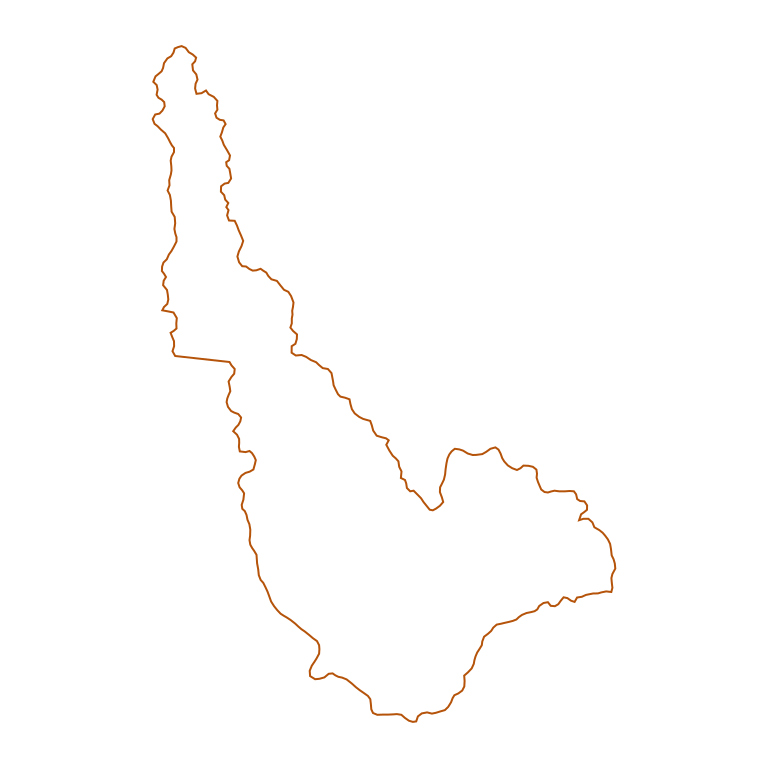 outline of Pai Pedro, Minas Gerais, Brazil
{"feature_id": "56859067B12546886236538", "entity_name": "Pai Pedro", "entity_type": "district", "adm_level": 2, "iso_a3": "BRA", "parent_name": "Brazil", "parent_adm1": "Minas Gerais", "projection": "robinson", "projection_center": [-43.166, -15.349], "detail": "fine", "context": "isolated", "style": "outline", "palette": "amber", "viewbox_px": 768, "rotation_deg": 0, "n_neighbors": 0, "source": "geoboundaries", "source_scale": "gbopen_adm2", "svg_char_len": 5638}
<svg xmlns="http://www.w3.org/2000/svg" viewBox="0 0 768 768"><path d="M246.1,266.5L242.2,266.2L239.1,262.3L237.4,256.5L238.9,251.4L241.5,246.1L243.2,240.9L240.9,235.2L238.7,230.3L237.0,225.6L234.7,220.8L229.0,220.5L227.1,215.4L228.5,210.1L226.3,207.1L228.3,203.0L225.2,199.6L224.2,195.2L220.9,191.7L221.1,186.3L224.6,183.6L228.3,182.9L231.1,178.5L230.2,173.1L229.4,168.8L226.7,165.8L226.2,162.2L229.1,160.2L230.0,155.5L227.1,150.3L223.8,144.8L222.3,140.6L220.3,136.6L221.9,132.4L223.3,127.5L225.6,124.1L223.6,120.4L219.8,119.8L216.5,117.7L215.1,113.4L217.4,109.7L217.0,105.4L217.4,100.9L213.8,96.9L208.6,94.2L206.0,90.5L201.5,93.2L196.5,93.8L195.1,88.5L195.6,83.7L197.5,79.6L196.3,74.4L193.0,70.4L192.3,64.3L195.1,61.3L196.1,57.6L192.7,54.5L188.8,52.2L185.6,47.9L181.6,46.1L178.0,47.1L174.7,48.5L173.5,52.6L171.2,56.2L167.4,58.4L164.0,63.2L163.1,67.9L161.6,71.3L158.8,73.7L155.5,76.4L153.3,81.8L156.7,85.1L157.6,89.6L156.6,94.8L158.5,97.8L161.6,99.6L164.2,102.1L164.7,106.3L162.4,110.6L159.5,113.6L155.2,114.5L152.7,119.1L154.5,123.8L157.6,126.2L160.9,129.6L165.2,133.3L168.1,138.2L170.0,142.0L171.9,145.4L174.0,148.0L174.0,152.1L171.5,156.7L170.7,160.6L171.3,166.1L171.5,170.4L170.9,174.3L169.2,180.2L169.5,185.3L167.6,190.5L169.9,195.0L170.9,200.6L171.2,206.4L171.6,211.7L174.7,216.9L175.2,223.3L174.4,229.0L175.3,233.6L176.5,237.2L176.5,241.5L173.6,247.2L171.4,251.1L168.9,254.5L166.8,259.3L163.5,262.5L162.1,266.6L161.9,271.0L164.0,273.7L166.0,277.0L163.7,280.7L163.1,285.2L167.0,290.0L167.8,294.7L168.3,299.5L167.3,303.9L164.0,307.0L162.3,310.3L167.6,311.3L173.5,312.5L176.8,318.1L176.3,323.4L176.5,328.5L173.7,330.9L170.6,332.8L172.1,336.7L174.0,341.2L174.1,346.2L172.5,351.2L175.2,356.0L229.5,362.0L231.5,365.4L234.7,369.0L234.2,373.7L231.4,377.0L228.6,381.5L229.7,386.9L230.3,391.2L228.7,394.8L227.3,398.4L226.6,402.1L228.0,406.9L231.1,411.0L234.2,412.6L238.2,414.0L241.1,417.5L240.3,421.3L238.4,424.9L235.8,427.5L233.2,431.2L237.0,434.7L239.1,438.9L239.2,442.9L238.9,446.8L239.8,451.4L245.6,452.1L249.5,451.0L252.0,453.1L254.2,456.5L255.8,460.1L254.9,464.1L253.4,469.5L249.6,471.7L245.5,472.9L241.5,475.6L239.4,478.7L238.2,483.0L239.6,487.3L242.2,490.3L244.1,493.3L243.4,499.6L241.7,504.9L242.3,508.8L244.8,511.1L246.5,514.9L247.5,519.8L249.4,524.3L250.3,529.7L250.1,535.8L249.5,540.1L250.3,544.7L252.2,548.1L254.1,550.8L256.5,554.8L257.1,563.3L258.2,569.3L258.8,575.2L260.7,580.0L263.3,582.9L265.7,587.7L267.6,591.8L269.1,595.9L271.1,601.5L274.1,606.2L277.3,610.2L280.6,613.7L283.7,615.7L286.8,617.5L290.6,620.0L295.2,623.6L298.4,626.6L301.3,629.1L304.8,631.5L309.3,635.1L312.8,638.1L317.0,641.1L319.1,645.2L319.4,649.1L319.1,653.7L316.7,658.2L314.7,661.4L311.8,665.7L309.7,670.8L310.1,676.1L315.1,679.2L319.4,678.8L324.4,677.4L328.7,673.8L332.6,673.4L335.3,675.3L338.3,676.8L342.1,677.6L346.6,679.4L351.8,683.5L355.9,687.2L359.6,690.1L363.8,693.0L367.9,695.9L370.3,699.2L370.9,704.3L371.3,709.3L373.0,713.0L377.3,714.8L383.1,714.6L388.0,714.6L392.7,714.4L396.9,714.1L401.4,714.8L404.8,717.8L408.9,720.7L412.9,721.9L416.2,721.4L417.9,716.4L421.8,713.4L427.1,712.4L431.9,713.6L435.9,712.8L440.4,711.4L444.9,710.1L448.2,706.9L451.1,702.2L452.6,698.2L454.4,695.2L458.2,693.5L462.2,690.6L464.3,686.5L464.6,681.0L464.2,675.6L467.9,672.4L471.7,668.4L473.8,663.8L474.4,660.3L475.5,656.5L477.2,652.5L479.6,648.8L481.8,645.2L482.3,641.4L484.1,636.7L488.1,633.7L491.2,630.9L493.3,627.6L496.7,624.6L501.2,623.7L504.9,622.8L508.5,622.0L512.8,620.9L516.4,619.5L518.9,617.1L522.0,614.9L526.6,613.0L531.1,612.1L534.6,611.2L537.3,609.4L539.2,606.0L543.5,603.0L547.9,602.2L550.7,605.8L554.9,606.2L558.3,604.2L560.8,600.7L563.6,597.3L567.4,598.1L571.0,600.7L574.6,601.9L577.1,597.5L581.8,596.8L586.0,594.9L593.0,593.5L598.0,593.4L601.3,592.4L606.2,591.4L611.3,592.0L612.4,587.8L611.8,582.7L611.4,578.1L612.4,574.0L615.3,568.6L614.8,563.5L613.6,559.3L611.7,555.4L611.0,549.2L610.1,543.9L607.9,539.4L605.1,535.6L602.7,532.8L599.3,530.1L594.4,527.3L592.4,522.4L588.4,518.8L583.4,518.8L579.1,520.2L581.1,514.3L584.2,512.1L587.0,509.8L587.1,505.4L584.4,501.4L580.1,501.0L577.2,499.1L576.1,494.3L573.9,491.3L569.7,491.0L565.3,491.3L559.0,491.3L554.5,490.7L551.0,491.5L547.9,492.5L544.5,492.0L541.2,489.5L539.6,485.8L538.0,482.0L536.6,477.7L537.0,473.7L536.4,469.6L532.9,466.8L528.4,465.8L523.4,465.6L520.5,468.2L517.0,470.0L512.2,468.2L507.8,465.4L504.2,461.4L502.2,458.1L500.6,453.6L498.5,449.6L495.4,447.4L490.4,448.8L486.3,451.8L482.3,454.1L476.2,454.9L472.7,455.0L467.7,453.5L463.0,450.6L459.3,449.4L454.8,448.8L451.6,451.4L449.3,454.5L447.5,458.5L446.5,463.1L445.6,469.2L445.1,474.5L443.9,479.6L442.0,483.6L440.1,487.3L439.9,492.1L441.9,497.4L443.2,502.0L439.9,505.8L435.9,508.7L432.8,510.3L429.7,509.7L426.8,506.1L423.5,502.0L421.1,498.3L417.6,494.7L413.6,490.7L410.2,491.3L406.9,488.0L406.2,483.4L405.0,480.0L400.9,478.0L401.5,471.4L399.2,466.8L398.4,461.3L395.8,458.4L392.7,455.7L389.4,450.6L386.3,444.8L388.7,440.3L386.0,438.3L381.9,437.3L376.7,435.7L373.2,430.6L371.8,425.3L370.2,420.9L366.6,419.9L363.1,418.9L359.2,416.9L354.7,413.4L351.9,409.2L350.4,403.9L349.5,399.3L345.0,397.7L340.4,396.6L338.0,394.2L335.7,389.7L333.6,385.2L333.1,381.5L332.4,377.8L331.5,373.1L327.9,369.0L322.7,368.1L319.1,365.1L316.1,362.2L310.8,360.0L306.2,356.9L301.6,355.0L295.8,355.5L291.6,352.7L291.7,346.2L295.4,343.8L296.8,339.1L297.0,334.4L293.0,330.9L290.4,327.6L291.8,323.4L291.8,318.5L292.5,314.7L292.2,310.8L293.0,306.8L293.5,302.5L291.1,296.1L288.3,291.8L284.0,289.8L280.4,285.4L276.9,280.9L271.4,279.3L268.3,276.0L266.3,272.6L263.4,270.8L260.6,268.8L256.3,270.3L252.7,270.6L249.4,269.0L246.1,266.5Z" fill="none" stroke="#b45309" stroke-width="2"/></svg>